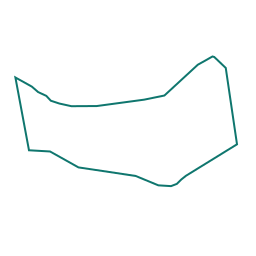 the Municipality of Šenčur, rotated 264°
{"feature_id": "SVN-985", "entity_name": "Šenčur", "entity_type": "Municipality", "adm_level": 1, "iso_a3": "SVN", "parent_name": "Slovenia", "parent_adm1": "", "projection": "orthographic", "projection_center": [14.43, 46.242], "detail": "fine", "context": "isolated", "style": "outline", "palette": "teal", "viewbox_px": 256, "rotation_deg": 264, "n_neighbors": 0, "source": "natural_earth", "source_scale": "10m", "svg_char_len": 447}
<svg xmlns="http://www.w3.org/2000/svg" viewBox="0 0 256 256"><g transform="rotate(264 128 128)"><path d="M116.2,27.2L190.0,21.3L179.2,36.7L173.1,42.4L168.5,50.1L163.2,54.1L159.5,62.3L155.6,74.0L153.1,99.2L154.5,147.1L156.5,167.6L183.6,204.0L190.3,219.5L189.6,221.2L177.5,231.5L100.4,234.7L74.4,180.6L71.2,175.6L67.3,170.7L65.7,164.7L67.8,152.2L79.5,130.6L94.0,74.6L112.8,48.0L116.2,27.2Z" fill="none" stroke="#0f766e" stroke-width="2"/></g></svg>